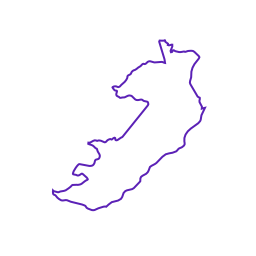 the Department of Amambay, rotated 56°
{"feature_id": "PRY-615", "entity_name": "Amambay", "entity_type": "Department", "adm_level": 1, "iso_a3": "PRY", "parent_name": "Paraguay", "parent_adm1": "", "projection": "equal_earth", "projection_center": [-56.215, -22.97], "detail": "fine", "context": "isolated", "style": "outline", "palette": "violet", "viewbox_px": 256, "rotation_deg": 56, "n_neighbors": 0, "source": "natural_earth", "source_scale": "10m", "svg_char_len": 4359}
<svg xmlns="http://www.w3.org/2000/svg" viewBox="0 0 256 256"><g transform="rotate(56 128 128)"><path d="M108.0,29.1L109.2,29.2L110.0,30.4L112.2,37.2L114.1,40.8L116.7,43.9L121.3,47.3L123.7,50.2L125.1,51.4L126.6,51.8L140.8,52.7L141.9,52.3L143.0,51.6L144.1,52.2L145.2,53.4L146.5,54.2L151.7,54.8L153.2,56.0L153.4,55.2L154.3,52.9L158.5,60.0L161.8,63.1L162.6,64.3L163.3,67.0L163.6,76.3L164.2,80.3L165.6,83.9L167.8,86.8L170.5,88.7L172.2,89.5L173.3,90.3L173.9,91.6L174.1,93.9L174.0,94.7L173.6,96.5L173.5,97.5L173.7,98.4L174.2,100.2L174.3,101.2L173.4,104.9L172.0,108.1L170.9,111.4L171.1,115.6L172.9,124.1L172.9,126.0L172.5,129.7L172.6,131.6L174.8,134.7L175.7,136.4L176.1,138.6L175.7,142.6L175.8,144.4L176.7,145.9L179.0,147.6L179.3,148.6L181.1,156.8L181.0,158.7L179.1,163.7L178.8,165.5L179.4,168.0L181.9,171.3L182.8,173.4L182.6,176.8L180.4,182.9L180.6,186.8L181.1,190.1L180.3,190.8L179.5,192.4L178.0,197.4L177.3,201.6L176.7,202.8L175.8,203.9L172.4,206.3L171.7,206.6L171.0,206.9L168.7,206.9L167.5,207.6L165.7,208.9L157.2,216.6L153.7,219.0L152.9,220.0L151.7,222.5L151.2,223.2L150.4,223.9L148.3,224.9L146.3,225.5L143.3,225.8L142.7,226.1L142.0,226.6L141.6,226.8L141.1,226.9L140.6,226.8L140.1,226.6L138.9,225.9L137.9,225.1L138.5,225.0L139.3,224.5L142.1,222.0L142.2,221.8L142.4,221.4L142.8,219.6L144.3,216.3L144.6,215.2L144.8,214.6L144.8,213.9L144.8,211.1L144.6,208.4L144.2,206.7L144.2,206.1L144.3,205.7L146.2,202.6L147.0,201.5L147.5,200.6L148.1,199.0L148.2,198.4L148.3,197.7L148.0,193.6L148.0,192.2L148.2,191.0L148.2,190.4L148.0,190.0L147.2,189.9L146.1,189.9L141.0,191.2L140.3,191.5L140.0,191.9L139.9,192.5L139.9,194.1L139.8,195.0L139.6,195.7L139.3,196.2L138.9,196.6L137.9,197.2L137.4,197.7L136.1,199.0L135.7,199.3L135.2,199.3L134.4,198.5L133.4,197.1L131.9,193.9L131.2,192.0L130.8,190.6L130.6,189.6L130.6,188.9L130.9,188.3L137.7,181.4L138.4,180.4L138.9,179.4L139.1,178.8L139.2,178.2L139.2,177.8L139.1,177.2L138.8,176.4L138.5,175.8L138.2,175.3L136.8,173.8L136.4,173.1L136.3,172.6L136.4,172.0L136.8,170.9L137.0,170.2L137.1,169.5L136.9,168.8L136.5,168.1L135.8,167.3L135.1,166.8L133.9,166.4L130.5,166.2L129.4,165.9L128.1,165.5L127.7,165.5L126.9,166.0L126.0,166.3L124.3,166.6L122.7,167.1L120.8,168.4L119.9,169.2L119.2,169.6L118.9,169.8L118.0,169.0L118.4,168.6L118.5,168.3L118.7,167.9L118.8,167.7L119.0,166.6L119.2,163.9L119.4,163.3L119.5,162.7L119.8,162.3L120.1,161.9L120.4,161.5L121.2,161.0L121.5,160.6L121.8,159.5L122.1,159.0L122.4,158.6L122.7,158.3L123.4,157.6L126.6,155.5L126.9,155.2L127.1,154.6L127.1,153.7L126.7,152.1L126.7,151.2L126.8,150.5L126.9,149.9L127.1,149.3L127.3,148.8L127.7,148.5L128.1,148.3L128.4,148.0L128.5,147.5L128.3,146.3L128.3,145.6L128.4,145.0L128.6,144.5L129.0,144.3L129.4,144.3L130.2,144.8L130.6,145.0L131.1,145.0L131.5,144.7L131.8,144.3L132.0,143.8L132.1,143.2L132.1,139.2L132.3,138.0L132.2,137.3L120.4,99.1L120.1,98.5L119.7,97.9L118.5,97.3L118.0,97.2L117.6,97.1L117.1,97.3L116.8,97.5L114.7,99.5L114.3,99.8L113.9,100.0L112.9,100.3L112.5,100.5L112.1,100.8L111.8,101.2L111.5,101.7L110.6,103.8L110.0,104.7L109.7,105.1L109.4,105.4L108.6,105.9L108.1,106.1L103.7,107.0L103.3,107.2L102.9,107.5L102.2,108.2L101.7,108.8L101.6,109.0L101.2,110.2L101.1,110.8L100.8,113.0L100.7,113.6L100.4,114.2L99.6,115.5L98.9,117.2L98.6,117.6L98.2,117.9L97.3,118.1L95.7,119.0L95.2,119.2L94.8,119.3L94.2,119.2L93.7,119.0L93.2,118.6L92.7,118.1L91.9,117.1L91.4,116.6L90.9,116.5L90.5,116.8L89.9,117.5L89.5,117.8L89.1,118.0L87.5,118.2L86.4,118.2L85.9,118.2L85.6,118.1L85.5,117.7L85.7,116.4L86.2,115.5L86.7,114.7L88.6,113.3L88.9,112.5L89.0,111.4L88.5,109.4L87.9,104.9L87.2,102.7L86.5,101.3L86.0,100.5L85.5,100.1L85.1,99.8L84.7,99.3L84.5,98.5L84.7,96.8L84.8,96.0L84.6,95.2L83.8,94.0L83.5,93.2L83.3,92.1L83.4,90.9L83.7,90.0L83.8,89.0L83.8,87.7L83.6,85.7L83.7,83.6L83.7,82.9L83.2,80.7L83.2,79.9L83.4,79.3L84.2,78.6L84.5,78.0L84.6,77.1L84.2,74.7L84.3,74.0L84.5,73.3L84.8,72.7L85.3,72.1L87.9,69.9L88.5,69.3L92.1,63.0L92.5,62.6L94.4,61.3L94.8,60.9L91.4,59.3L73.9,53.9L73.2,52.9L75.1,50.3L75.7,49.2L75.8,48.5L76.1,48.3L77.2,48.8L77.8,48.7L80.5,47.7L81.1,47.9L81.2,48.4L81.4,48.6L82.3,47.9L82.7,47.1L83.3,45.2L83.7,44.7L85.1,45.6L87.9,49.6L89.2,50.0L89.6,49.1L88.8,47.1L89.3,46.5L90.2,46.1L90.9,45.7L93.6,43.2L94.5,41.9L95.9,38.8L96.1,38.6L96.7,38.2L97.0,37.7L97.5,35.9L97.7,35.2L99.0,32.9L99.7,31.9L100.6,31.0L102.0,30.4L108.0,29.1Z" fill="none" stroke="#5b21b6" stroke-width="2"/></g></svg>